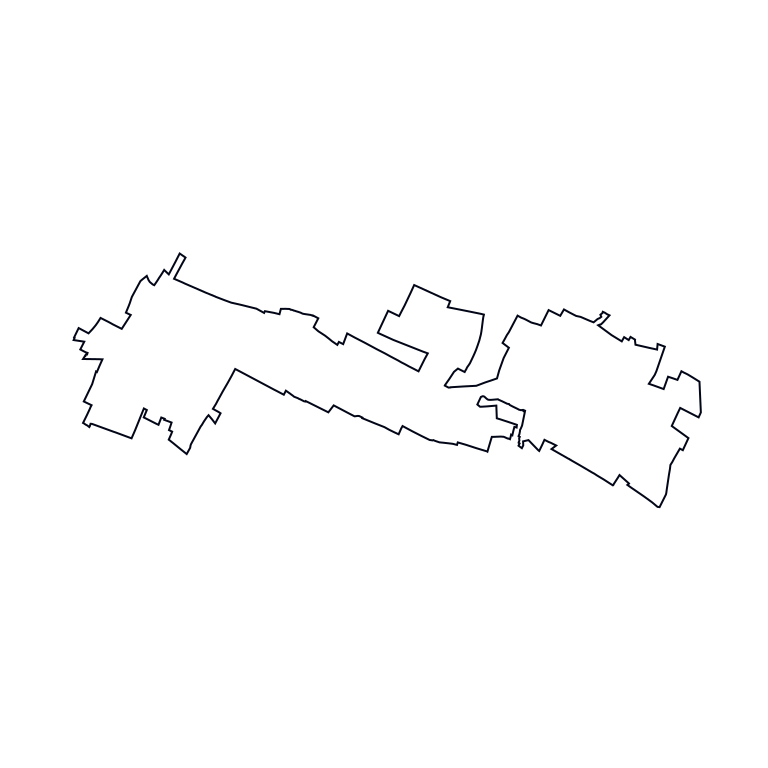 Dzilam González, Yucatán, Mexico, rotated 21°
{"feature_id": "50627088B25525768162846", "entity_name": "Dzilam González", "entity_type": "district", "adm_level": 2, "iso_a3": "MEX", "parent_name": "Mexico", "parent_adm1": "Yucatán", "projection": "natural_earth1", "projection_center": [-88.758, 21.324], "detail": "fine", "context": "isolated", "style": "outline", "palette": "ink", "viewbox_px": 768, "rotation_deg": 21, "n_neighbors": 0, "source": "geoboundaries", "source_scale": "gbopen_adm2", "svg_char_len": 6121}
<svg xmlns="http://www.w3.org/2000/svg" viewBox="0 0 768 768"><g transform="rotate(21 384 384)"><path d="M625.1,248.6L626.6,254.0L618.8,255.2L604.7,257.2L602.4,252.8L602.4,252.6L597.3,251.7L596.7,255.3L591.4,254.2L590.7,259.0L578.9,256.8L562.9,252.4L564.2,251.2L565.3,250.4L566.5,247.8L569.9,239.1L567.2,238.9L564.6,238.3L562.4,238.2L562.5,239.5L561.2,241.8L562.8,243.4L561.7,245.2L560.1,246.8L557.6,251.3L553.5,251.3L543.5,250.9L539.0,251.6L530.9,250.7L525.3,249.9L524.1,257.2L511.2,256.0L509.6,273.1L505.5,273.2L501.1,273.7L499.3,273.8L493.6,273.1L491.0,272.9L489.8,272.9L488.3,272.9L486.9,272.7L485.5,272.5L484.2,272.3L482.0,290.9L481.2,294.3L480.7,298.3L480.0,303.2L487.6,305.4L486.4,316.9L486.7,330.1L487.5,338.3L482.4,342.6L478.0,346.2L470.8,352.6L459.1,357.8L447.3,363.2L447.3,363.4L445.6,364.2L445.3,364.2L441.3,363.7L441.3,363.4L443.2,355.8L445.0,347.5L447.5,343.1L449.1,343.3L455.0,343.9L455.2,342.2L455.5,340.8L455.5,339.9L455.8,337.8L456.1,336.9L456.8,333.9L457.1,330.0L457.4,326.2L457.6,322.5L457.7,319.2L457.6,314.3L457.5,312.1L457.4,309.2L457.0,305.8L456.7,303.1L456.2,300.5L455.3,296.6L453.2,288.1L452.7,285.8L452.6,284.7L452.4,283.4L449.3,283.8L436.2,286.0L426.9,287.6L416.0,289.5L416.1,282.9L406.3,282.6L376.7,280.8L376.2,289.1L375.1,303.4L374.3,310.3L373.8,315.2L361.6,314.2L359.9,338.4L362.1,338.6L376.9,339.5L408.8,339.8L413.9,339.7L413.0,346.4L411.7,359.8L405.5,359.1L400.7,358.6L396.4,358.0L392.5,357.6L388.8,357.0L380.4,356.0L373.9,355.1L364.7,354.1L351.5,352.4L339.8,351.1L331.5,350.0L331.6,361.4L326.8,360.9L326.4,364.2L320.1,362.7L316.6,361.5L311.7,360.0L303.8,358.3L298.0,356.2L299.1,346.2L293.3,345.5L293.3,345.8L290.8,345.8L284.1,347.3L282.6,347.5L280.7,347.3L278.0,347.4L275.6,347.6L274.4,347.6L273.4,347.8L273.0,347.7L271.1,347.8L270.8,348.0L270.3,348.1L269.3,347.9L269.1,347.8L268.4,348.0L264.9,349.2L260.8,350.8L261.4,356.3L255.9,357.0L246.7,358.7L246.6,360.6L237.9,359.4L231.5,360.2L223.4,361.2L220.4,361.6L212.2,362.8L211.7,362.8L205.3,362.9L195.4,362.9L195.2,362.8L194.5,362.8L185.0,362.6L162.1,361.6L159.7,361.4L150.3,361.0L150.8,356.7L152.5,343.5L153.2,338.7L153.4,337.1L146.5,335.4L145.5,344.7L144.4,353.9L143.8,358.8L138.1,356.4L137.9,356.3L137.3,359.7L136.6,363.0L136.3,364.3L135.9,365.9L135.8,366.6L135.3,369.1L135.0,370.3L134.9,370.8L134.1,374.1L132.8,374.0L131.7,373.7L129.1,372.8L128.5,372.5L127.6,371.8L127.0,371.4L126.6,371.0L126.2,370.6L125.6,369.9L125.1,369.5L123.8,368.1L121.1,372.7L120.3,374.1L119.7,375.3L117.4,393.1L117.7,399.5L117.7,402.8L117.5,409.9L122.8,410.3L119.4,426.5L109.5,425.5L106.9,425.1L104.5,424.8L95.7,423.9L94.8,428.5L93.9,432.1L93.4,433.7L92.1,437.5L90.0,442.6L78.9,441.2L78.0,451.7L78.6,451.8L78.5,454.2L89.0,451.9L88.1,460.6L91.4,461.0L94.3,461.3L96.1,461.2L96.2,462.7L95.4,462.7L95.2,464.5L94.9,464.4L94.1,468.5L109.0,463.0L112.3,461.9L111.9,469.0L111.7,475.7L110.7,475.5L111.6,488.7L110.0,507.9L118.6,508.6L118.3,511.0L118.3,512.3L117.8,519.5L117.0,528.2L118.0,528.3L118.9,528.6L120.5,528.9L121.6,529.0L122.4,529.2L124.3,529.8L124.5,528.6L124.3,526.3L125.7,525.9L148.5,525.5L151.0,525.4L167.8,525.2L168.2,516.3L168.3,510.2L168.6,492.9L171.9,493.3L171.7,501.3L175.8,501.7L179.5,502.1L185.3,502.7L188.1,502.9L188.1,495.1L189.2,495.1L191.7,495.1L191.6,496.2L199.5,496.1L199.7,499.9L199.8,504.1L203.3,504.4L203.3,507.0L203.0,513.1L204.8,513.6L206.2,514.1L207.9,514.6L217.3,517.7L224.9,520.1L225.9,513.1L225.4,510.5L225.4,509.2L228.1,489.2L228.6,487.6L229.3,483.5L230.5,478.4L231.4,476.0L232.1,476.4L236.1,478.6L240.5,481.3L241.9,469.9L239.6,469.4L236.6,469.0L233.2,468.5L234.3,462.7L234.8,458.3L234.9,457.9L236.1,448.9L237.7,439.0L238.8,431.1L239.7,423.3L250.5,424.6L283.8,428.7L285.8,428.9L294.3,429.9L294.8,425.4L300.0,426.7L300.9,427.0L302.5,427.4L303.2,427.6L304.7,428.1L308.6,428.1L310.4,428.4L311.1,428.3L315.5,428.8L317.1,428.5L317.1,428.0L320.5,428.3L342.2,430.4L344.7,422.0L351.4,422.8L351.5,422.8L362.3,424.1L367.8,424.7L368.2,424.7L370.9,423.2L372.3,422.8L373.6,422.9L375.9,423.1L375.9,423.7L389.4,424.0L399.9,424.1L405.5,424.9L411.1,425.4L415.7,425.7L416.0,419.3L416.4,416.6L427.4,418.0L437.8,419.1L446.7,419.9L449.7,419.2L450.1,418.7L451.8,418.8L456.7,418.6L460.3,417.6L468.0,415.6L469.7,415.2L474.0,414.7L473.8,412.1L482.2,411.4L493.5,410.8L504.3,410.0L504.8,410.1L504.2,402.6L503.6,394.7L505.9,393.8L511.7,391.3L514.6,390.4L515.6,390.4L519.0,390.6L519.3,390.4L521.4,390.4L521.2,388.2L520.8,385.7L522.2,385.9L521.6,381.8L521.1,377.3L523.4,377.1L522.7,374.5L513.3,374.9L509.7,375.1L505.5,375.3L501.6,375.6L496.6,363.9L488.8,367.7L486.2,368.9L484.0,369.9L481.9,370.8L481.5,370.7L478.5,369.7L479.1,361.4L479.9,360.6L480.6,360.0L481.6,359.8L482.4,359.9L483.6,360.4L484.1,360.6L484.9,360.9L486.3,361.3L487.1,361.3L487.8,361.1L488.8,360.8L489.5,360.5L490.8,359.9L495.9,357.4L496.3,357.6L500.4,357.8L506.1,358.3L507.9,357.9L508.8,358.5L512.1,358.9L517.9,359.4L519.0,359.6L521.1,359.4L522.5,358.8L523.1,359.0L522.8,358.5L523.2,358.3L525.3,358.4L527.8,373.3L527.7,376.4L527.5,378.2L527.9,379.6L528.4,382.4L528.3,384.2L528.4,384.6L529.1,384.6L529.7,384.7L529.7,386.5L530.6,388.1L530.7,389.1L530.6,390.2L530.8,390.7L531.9,390.9L531.7,393.4L535.7,394.5L536.0,391.4L534.4,387.7L539.0,384.6L551.0,390.2L552.2,390.7L552.9,390.9L553.5,383.8L553.8,378.6L558.5,379.1L560.6,379.1L566.8,379.7L563.7,384.7L583.2,387.7L583.7,387.6L584.0,387.8L585.1,388.0L585.4,387.9L585.7,388.1L594.2,389.4L610.4,392.1L612.2,392.3L615.9,393.1L623.4,394.4L630.5,395.9L634.0,396.6L634.2,396.3L634.3,396.0L634.4,394.8L634.9,392.5L635.9,387.8L636.5,384.6L648.4,389.1L648.2,389.7L647.4,391.0L652.4,392.3L655.0,392.9L658.7,393.8L663.7,395.0L667.0,395.8L676.7,398.4L683.4,400.7L684.4,400.4L685.4,400.2L686.8,386.1L686.6,384.6L685.7,380.8L682.5,366.4L681.4,360.8L680.4,356.9L681.1,353.5L681.6,349.3L683.4,338.3L686.7,338.7L687.6,325.4L667.7,320.1L668.6,306.2L669.1,300.2L689.7,302.4L690.0,297.0L677.7,268.8L670.0,267.3L664.4,266.3L662.7,266.1L660.0,265.9L657.1,265.5L656.9,268.7L656.5,275.0L650.7,275.2L646.6,275.4L646.9,288.5L636.4,288.7L631.2,288.9L633.5,278.5L633.7,274.5L633.5,268.5L633.3,263.0L632.8,248.5L625.1,248.6Z" fill="none" stroke="#020617" stroke-width="2"/></g></svg>